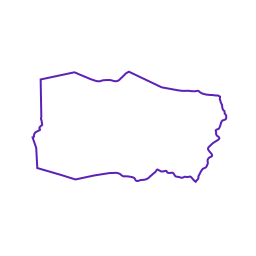 Santa Rita, Santa Bárbara, Honduras, rotated 75°
{"feature_id": "27666195B84919379327477", "entity_name": "Santa Rita", "entity_type": "district", "adm_level": 2, "iso_a3": "HND", "parent_name": "Honduras", "parent_adm1": "Santa Bárbara", "projection": "natural_earth1", "projection_center": [-88.257, 14.756], "detail": "fine", "context": "isolated", "style": "outline", "palette": "violet", "viewbox_px": 256, "rotation_deg": 75, "n_neighbors": 0, "source": "geoboundaries", "source_scale": "gbopen_adm2", "svg_char_len": 5523}
<svg xmlns="http://www.w3.org/2000/svg" viewBox="0 0 256 256"><g transform="rotate(75 128 128)"><path d="M58.5,199.8L95.0,208.9L95.4,209.2L95.8,209.4L96.1,209.5L96.4,209.6L96.7,209.7L97.3,209.7L97.5,209.7L97.9,209.6L98.0,209.5L98.6,209.6L100.5,209.8L101.9,209.9L102.3,210.0L102.8,210.1L102.9,210.3L103.8,212.2L104.0,212.6L104.3,213.0L104.6,213.3L104.9,213.5L105.2,213.6L105.5,213.6L106.1,213.5L106.6,213.4L107.0,213.5L107.2,213.8L107.3,214.0L107.3,214.4L107.3,214.8L107.5,215.5L108.2,218.3L108.3,218.6L108.4,218.9L108.7,219.2L109.0,219.5L109.5,220.0L110.1,220.4L110.5,220.7L110.8,220.8L111.1,220.9L111.4,220.9L111.5,220.9L111.8,221.0L112.0,221.1L112.1,221.3L112.3,221.6L112.4,221.8L112.4,222.2L112.4,222.6L123.5,221.8L143.2,226.0L156.1,204.7L164.1,192.1L165.1,172.9L166.7,157.8L168.2,151.2L168.4,150.6L168.9,149.6L169.5,148.7L170.0,148.1L170.3,147.7L170.6,147.4L170.9,147.2L171.7,146.7L172.2,146.3L173.0,145.5L173.3,145.2L173.5,144.9L173.6,144.6L173.8,143.6L174.0,143.0L174.6,141.0L174.7,140.6L175.7,138.4L176.4,137.0L176.5,136.7L177.2,135.7L177.6,135.3L177.9,134.9L178.1,134.8L178.2,134.7L178.5,134.6L179.2,134.5L179.8,134.3L180.5,134.1L181.0,133.8L181.3,133.4L181.5,133.1L181.6,132.7L181.7,132.3L181.7,132.0L181.7,131.3L181.6,129.9L181.6,129.2L181.7,128.4L181.8,127.6L182.1,126.4L182.2,125.8L182.2,124.8L182.2,124.2L182.2,123.6L182.1,123.0L182.0,122.5L181.9,122.1L181.7,121.5L181.3,120.5L181.0,120.0L180.4,119.1L180.2,118.6L179.7,117.4L179.5,117.0L179.1,116.4L178.9,116.1L178.8,115.7L178.3,114.6L177.8,113.3L177.6,113.0L175.8,110.8L175.8,110.7L175.7,110.6L175.7,110.4L175.8,110.2L176.0,109.9L178.3,107.5L178.5,107.3L178.6,107.1L178.7,106.8L178.8,106.5L178.9,106.1L179.0,105.7L179.0,105.3L179.1,103.9L179.1,102.9L179.2,102.6L179.2,102.3L179.3,102.2L179.7,101.9L180.1,101.8L180.7,101.7L181.0,101.6L181.3,101.3L181.5,101.1L181.7,100.9L181.9,100.4L182.1,99.8L182.3,99.1L182.4,98.0L182.5,97.5L182.7,96.8L182.7,96.6L182.9,96.4L183.0,96.3L183.2,96.1L183.5,95.8L184.4,95.6L186.4,94.9L186.7,94.8L187.1,94.4L187.3,94.2L187.5,93.9L187.6,93.6L187.8,93.1L187.9,92.8L188.0,92.5L188.3,92.2L188.6,91.3L188.9,90.8L189.2,90.4L189.6,89.8L189.8,89.5L189.9,89.2L190.0,88.9L190.1,88.5L190.1,88.2L190.0,87.5L189.9,86.8L189.9,86.4L189.8,86.0L189.8,85.6L189.9,85.3L190.1,84.9L190.3,84.5L190.6,83.9L190.8,83.1L190.9,82.8L190.9,82.4L190.9,82.1L190.9,81.4L190.9,81.1L191.0,80.6L191.1,80.3L191.3,80.1L191.6,79.9L191.9,79.7L192.4,79.4L192.8,79.2L193.7,78.8L194.9,78.2L195.5,77.9L197.4,76.7L197.5,76.6L197.5,76.4L197.4,76.3L197.0,76.1L196.9,76.0L196.8,75.8L196.6,75.7L196.2,74.8L195.9,74.3L195.6,73.8L195.3,73.5L194.8,73.1L194.5,73.0L194.3,72.8L193.9,72.7L193.5,72.7L193.3,72.7L193.1,72.6L192.9,72.5L191.1,70.8L189.1,69.1L188.3,68.2L187.5,67.3L187.2,66.9L187.0,66.6L186.8,66.3L186.7,65.9L186.6,64.9L186.3,63.5L186.2,63.1L186.0,62.7L185.8,62.4L185.6,62.2L183.5,60.5L183.2,60.3L182.9,60.1L182.7,60.0L182.3,59.9L181.3,59.8L180.3,59.6L180.0,59.5L179.6,59.4L179.3,59.2L178.9,59.0L178.6,58.7L178.4,58.4L178.1,57.9L177.7,57.3L177.5,56.9L177.4,56.4L177.3,55.5L177.1,54.8L177.0,54.3L176.9,54.2L176.4,53.9L176.0,53.9L175.3,53.9L174.8,54.0L174.2,54.2L173.7,54.4L172.2,55.2L171.4,55.5L170.4,55.9L169.6,56.1L169.4,56.1L169.1,56.1L168.8,56.1L168.5,56.0L168.1,55.7L167.6,55.4L167.3,55.0L167.0,54.5L164.9,50.5L164.6,49.9L164.4,49.3L164.0,48.1L163.1,45.1L162.6,43.7L162.5,43.4L162.3,43.1L162.0,42.8L161.8,42.6L161.5,42.5L161.3,42.4L161.1,42.4L160.8,42.5L160.4,42.6L160.0,42.9L159.0,43.6L158.7,43.9L158.4,44.1L158.1,44.2L157.8,44.3L157.4,44.4L157.0,44.4L156.3,44.5L155.8,44.2L155.2,44.1L154.9,44.0L154.0,44.0L153.7,44.0L153.2,43.9L152.9,43.7L152.7,43.5L152.6,43.2L152.5,42.8L152.4,42.5L152.4,42.2L152.5,41.5L152.4,41.2L152.3,40.9L152.2,40.6L152.1,40.4L152.0,40.2L150.8,39.2L149.5,38.2L148.3,37.5L147.1,36.8L146.7,36.6L146.4,36.3L146.0,35.9L145.8,35.7L145.6,35.4L145.3,35.0L145.2,34.7L145.2,34.4L145.1,34.0L145.2,33.4L145.1,32.9L145.0,32.3L144.9,31.6L144.7,31.3L144.5,31.1L144.3,30.9L144.1,30.7L143.7,30.5L142.9,30.3L142.0,30.1L141.2,30.0L140.5,30.2L139.8,30.5L139.4,30.8L139.2,30.9L138.4,30.7L137.6,30.6L136.9,30.5L136.6,30.5L136.4,30.6L136.2,30.8L135.5,31.2L134.8,31.5L134.2,31.6L133.6,31.7L132.8,31.6L130.6,31.3L129.7,31.2L129.6,31.3L129.4,31.4L128.9,31.5L127.3,31.7L124.0,31.8L123.7,31.8L123.3,31.7L123.0,31.6L122.6,31.3L122.3,31.2L122.0,31.1L121.5,31.0L119.8,32.8L119.7,33.0L119.6,33.4L119.6,33.8L119.6,34.1L119.5,34.3L119.4,34.6L119.1,35.3L117.9,38.2L117.8,38.6L117.6,39.3L117.5,39.7L116.2,43.2L115.8,44.1L115.0,45.5L114.6,46.2L114.1,47.0L113.6,47.7L113.1,48.3L112.5,48.8L112.0,49.3L111.7,49.5L111.1,49.8L110.8,50.1L110.4,50.5L110.2,50.8L110.1,51.0L110.0,52.4L109.9,53.6L109.8,54.0L108.6,58.0L108.4,58.2L108.3,58.6L108.1,58.8L107.8,59.7L107.5,60.7L107.3,61.6L107.1,62.3L106.9,63.4L106.7,64.0L106.4,65.1L106.1,66.1L104.7,69.6L97.4,85.0L73.9,112.5L74.1,113.6L74.3,114.3L74.6,115.4L74.8,116.1L75.1,116.6L75.5,117.2L75.9,117.8L76.9,119.6L77.5,120.7L78.4,122.5L79.2,123.8L79.5,124.5L79.7,125.1L79.8,125.9L79.8,126.5L79.8,126.8L79.8,127.2L79.6,127.8L79.5,128.2L79.3,128.8L78.6,130.1L77.8,131.4L77.5,132.0L77.1,132.8L76.9,133.3L76.7,134.1L76.2,136.1L75.8,137.9L75.6,138.8L75.5,139.6L75.4,141.0L75.5,141.5L75.6,142.2L75.6,142.5L75.5,143.5L75.3,144.2L74.9,145.4L74.8,145.8L74.6,146.1L74.3,146.6L73.7,147.6L73.4,148.1L70.8,151.9L70.5,152.3L70.1,152.8L69.8,153.2L68.0,155.4L67.3,156.3L67.2,156.5L67.0,156.9L66.8,157.1L66.1,157.9L65.0,159.4L63.6,161.2L62.6,162.5L61.3,163.9L61.1,164.3L60.8,164.7L60.3,165.7L58.5,199.8Z" fill="none" stroke="#5b21b6" stroke-width="2"/></g></svg>